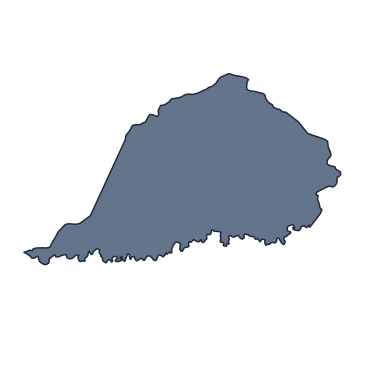 outline of Markounda, Ouham, Central African Republic, rotated 204°
{"feature_id": "33826404B52601033142025", "entity_name": "Markounda", "entity_type": "district", "adm_level": 2, "iso_a3": "CAF", "parent_name": "Central African Republic", "parent_adm1": "Ouham", "projection": "natural_earth1", "projection_center": [17.237, 7.587], "detail": "fine", "context": "isolated", "style": "filled", "palette": "slate", "viewbox_px": 384, "rotation_deg": 204, "n_neighbors": 0, "source": "geoboundaries", "source_scale": "gbopen_adm2", "svg_char_len": 5961}
<svg xmlns="http://www.w3.org/2000/svg" viewBox="0 0 384 384"><g transform="rotate(204 192 192)"><path d="M66.2,228.8L67.8,229.2L69.5,230.4L69.8,231.4L70.9,232.8L72.4,234.4L74.1,235.8L75.5,240.1L77.6,240.2L78.2,242.2L73.4,248.4L69.8,252.5L68.8,253.3L65.7,253.7L64.6,254.6L63.5,257.7L63.5,259.8L64.6,262.6L65.2,263.6L65.0,264.7L63.9,266.2L63.3,268.3L63.9,269.9L64.9,270.8L68.8,271.2L70.3,271.7L71.5,273.1L73.5,272.9L76.0,272.2L79.8,272.5L80.8,274.3L81.2,276.3L81.0,277.7L80.0,280.7L80.1,282.3L82.2,285.1L85.7,288.3L88.8,293.5L92.2,294.1L110.0,292.5L123.3,299.3L138.8,303.1L141.8,302.1L145.4,303.1L147.8,302.5L151.8,302.5L154.4,304.5L157.5,304.7L159.7,305.5L162.5,307.3L164.9,310.3L166.6,310.9L174.9,309.5L177.3,308.9L179.9,307.9L183.4,308.1L184.6,309.5L186.3,314.5L186.1,317.7L189.2,318.3L193.7,317.5L201.2,315.7L206.0,315.3L207.4,314.3L212.9,308.1L213.8,304.5L214.3,301.3L216.7,296.3L218.4,295.3L219.3,294.3L220.3,292.3L221.4,290.9L222.7,289.7L226.7,284.9L231.5,281.1L233.3,280.7L236.0,279.5L238.3,277.5L240.5,274.5L242.2,272.9L248.6,268.7L249.7,264.9L252.4,260.6L255.9,258.2L256.0,252.8L255.5,251.6L254.0,249.6L254.0,248.4L254.3,247.0L256.0,246.6L258.6,246.6L261.9,245.8L262.6,243.2L263.0,237.0L265.2,234.8L266.4,232.8L271.4,230.2L273.5,228.6L273.8,223.6L274.3,220.6L275.2,217.6L275.2,216.2L274.2,212.4L275.2,129.0L280.3,120.0L281.8,117.7L283.5,116.1L287.5,114.3L289.7,113.6L292.9,112.2L294.8,110.2L295.9,107.2L296.5,104.6L297.6,103.0L298.2,99.6L298.4,95.2L299.3,87.8L299.4,83.7L302.8,81.3L305.4,80.4L311.5,77.5L313.9,75.5L314.0,73.5L316.4,73.0L320.7,68.6L314.0,67.8L312.0,66.6L310.9,66.6L309.1,67.5L307.4,70.1L307.2,70.4L306.5,70.4L305.4,69.4L304.7,68.0L303.0,66.5L301.3,66.0L300.4,66.1L299.3,65.7L296.7,65.8L295.0,67.2L294.1,68.8L294.1,70.0L295.1,72.3L295.3,73.4L294.8,73.6L294.3,74.2L294.3,74.8L293.9,75.5L292.0,78.6L291.7,78.7L290.0,77.4L287.4,78.5L285.3,81.0L283.3,82.6L281.5,83.4L279.6,81.2L276.9,81.0L274.6,82.4L272.0,87.5L269.8,88.1L269.5,87.9L269.7,86.5L269.6,85.6L267.0,83.1L265.8,82.9L264.5,84.2L263.7,84.7L261.8,85.2L261.6,85.4L262.4,86.3L262.6,86.8L262.5,88.3L262.0,89.2L261.3,91.5L262.0,93.7L262.1,95.8L261.9,96.0L261.4,96.0L260.2,94.6L259.4,94.2L258.5,94.0L258.0,94.2L257.7,95.6L257.8,97.0L257.4,98.5L256.8,99.4L256.6,100.3L255.5,101.6L253.7,101.7L252.8,101.2L252.4,99.5L251.3,98.1L250.0,97.8L249.4,97.3L249.6,96.8L249.4,96.4L247.7,95.8L246.6,94.7L246.1,93.5L245.1,92.8L242.1,92.2L241.6,92.6L241.3,93.3L241.2,95.1L240.8,96.2L240.4,96.5L239.5,96.5L238.1,95.8L237.7,95.4L236.8,95.5L236.4,96.8L236.5,97.2L238.0,98.2L238.1,98.9L237.9,100.0L237.4,101.0L236.5,101.8L235.2,102.0L233.8,101.9L233.3,101.7L233.1,101.2L233.1,100.7L234.1,99.1L234.1,98.6L233.9,98.0L233.4,97.7L231.7,98.1L230.0,99.1L229.1,100.2L228.8,100.8L228.8,101.8L229.0,102.1L230.7,102.6L230.9,102.9L230.2,104.0L229.5,104.2L229.1,103.4L227.5,101.8L226.7,101.3L225.5,101.3L225.2,101.6L225.1,102.9L225.5,104.1L225.4,105.3L225.7,108.7L225.5,109.3L225.1,109.5L223.8,109.3L222.8,107.4L221.5,105.8L221.1,105.5L220.6,105.7L220.8,108.1L219.2,108.8L218.7,109.3L217.9,108.8L217.2,107.9L216.0,107.0L214.4,106.7L214.0,107.0L213.6,107.9L213.1,108.4L212.4,109.6L211.2,110.9L210.7,110.9L209.1,109.9L208.4,109.9L207.7,110.4L207.4,111.5L207.1,114.8L206.8,115.3L205.1,116.2L204.0,116.4L202.0,115.8L201.2,115.1L199.3,114.3L197.4,114.5L196.8,115.2L197.0,116.2L196.9,117.6L197.2,118.5L196.9,120.3L196.3,121.1L195.6,121.5L193.2,121.2L191.7,121.2L191.7,121.9L191.0,123.5L190.9,124.2L191.2,125.3L191.0,125.8L190.2,125.2L189.3,125.2L188.3,128.0L187.3,127.5L186.7,127.6L186.2,127.9L185.9,128.5L186.0,129.1L187.0,130.6L187.4,131.6L187.3,132.7L187.6,135.2L187.1,136.0L187.0,138.1L186.5,139.4L184.4,140.5L183.4,140.3L180.9,139.3L180.9,137.7L180.4,136.8L180.1,135.3L179.6,134.4L178.0,133.5L177.1,133.6L176.7,133.9L176.6,136.0L176.2,137.8L175.7,138.6L172.9,140.5L172.7,141.0L172.8,141.4L173.8,142.7L174.3,143.9L174.5,145.1L174.3,145.6L173.0,145.4L172.6,145.7L172.2,146.3L171.5,148.4L171.1,149.3L169.4,148.9L166.0,149.0L165.5,149.3L164.8,151.3L164.5,151.8L163.8,152.1L163.5,150.8L161.9,150.3L161.0,150.6L160.6,151.1L160.7,151.9L159.4,155.4L160.6,157.3L161.0,159.1L160.6,159.6L158.9,159.9L158.2,160.8L157.8,161.7L157.8,162.4L158.6,164.5L158.5,165.4L158.2,165.6L157.2,165.5L155.6,165.1L154.3,166.0L153.5,166.0L152.1,166.6L151.4,166.6L150.5,167.0L149.5,166.9L148.8,166.2L148.6,163.9L148.1,163.5L147.1,161.5L146.6,160.8L146.2,158.5L146.0,158.1L145.2,157.8L144.6,157.9L143.9,158.5L143.1,158.7L142.5,158.5L142.1,158.0L141.8,156.4L141.2,155.7L138.7,156.4L138.6,156.7L138.9,158.6L138.7,159.0L137.6,159.1L137.2,159.7L137.4,160.5L138.6,161.4L138.8,162.0L138.6,163.6L138.8,164.0L139.8,165.0L140.4,166.5L140.3,167.1L139.9,167.5L138.1,167.8L137.0,167.5L136.2,167.5L135.1,168.0L133.6,170.1L132.1,171.1L131.6,171.2L129.6,169.6L127.4,169.3L126.9,169.5L125.8,171.0L125.7,171.5L127.2,174.0L127.2,174.5L125.8,175.6L124.6,175.3L123.7,175.8L123.0,175.8L122.4,175.4L120.9,175.3L117.1,176.3L115.3,174.8L114.3,174.9L113.3,175.7L112.6,175.9L112.0,175.7L110.7,174.6L109.9,174.3L109.4,174.5L109.0,177.2L108.7,177.6L108.0,177.8L106.2,177.8L105.8,177.7L104.7,175.0L102.9,173.5L102.4,173.8L102.1,174.7L101.5,175.1L100.0,175.5L99.3,177.7L98.9,178.1L96.8,179.1L96.1,179.0L95.3,179.5L94.7,180.9L95.3,183.0L95.4,184.2L94.9,184.7L94.1,184.9L93.2,184.6L92.0,183.5L91.2,183.5L90.6,182.7L89.5,181.9L87.1,181.2L86.7,181.4L86.5,181.7L86.7,184.6L87.1,185.0L88.3,185.5L89.3,186.7L89.0,189.1L87.6,189.8L87.0,192.0L86.5,192.3L85.3,194.1L85.2,194.6L85.5,195.4L85.9,195.6L87.2,195.3L89.1,195.6L89.9,196.7L90.6,199.0L89.9,200.3L88.9,201.2L88.4,202.0L86.9,203.0L86.3,203.0L83.9,201.5L83.8,201.0L84.1,200.6L85.1,200.6L85.3,200.4L84.7,199.3L84.3,199.2L83.7,199.4L82.4,198.9L81.9,199.3L79.8,199.7L79.1,200.0L78.0,201.4L77.9,203.6L78.1,204.0L77.9,205.2L76.9,205.7L75.8,206.8L75.5,206.8L73.9,206.1L73.2,206.1L72.2,207.1L72.0,207.6L71.8,209.2L71.3,208.9L71.2,208.6L70.5,207.9L70.0,207.8L66.0,224.4L66.2,228.8Z" fill="#64748b" stroke="#1e293b" stroke-width="1.5"/></g></svg>